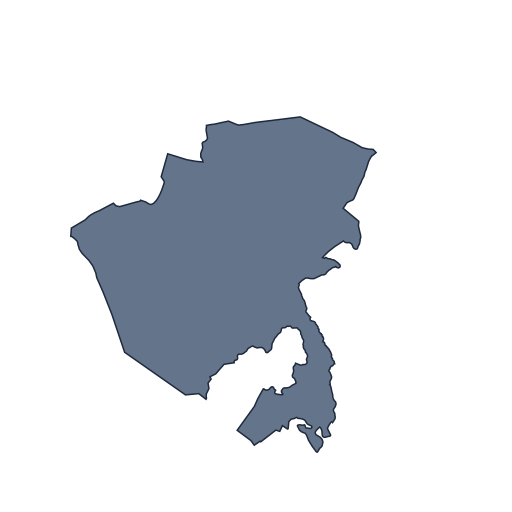 outline of Pantelhó, Chiapas, Mexico, rotated 216°
{"feature_id": "50627088B92508189730376", "entity_name": "Pantelhó", "entity_type": "district", "adm_level": 2, "iso_a3": "MEX", "parent_name": "Mexico", "parent_adm1": "Chiapas", "projection": "albers", "projection_center": [-92.505, 17.051], "detail": "fine", "context": "isolated", "style": "filled", "palette": "slate", "viewbox_px": 512, "rotation_deg": 216, "n_neighbors": 0, "source": "geoboundaries", "source_scale": "gbopen_adm2", "svg_char_len": 6126}
<svg xmlns="http://www.w3.org/2000/svg" viewBox="0 0 512 512"><g transform="rotate(216 256 256)"><path d="M417.4,163.0L417.0,163.3L416.1,163.5L412.8,163.4L409.1,162.8L406.6,160.5L402.8,157.6L398.1,155.9L388.5,154.2L381.9,151.9L375.6,148.1L372.0,144.8L358.3,136.8L338.2,124.0L305.7,100.9L231.4,102.2L221.4,111.0L212.2,110.7L212.3,111.5L212.8,112.3L213.4,112.7L214.7,114.6L215.2,115.6L216.0,120.4L216.3,121.3L220.1,125.0L220.0,130.1L222.3,131.2L219.3,136.9L218.2,149.6L210.9,156.8L211.5,157.4L211.8,158.8L211.7,159.2L210.6,160.6L210.4,161.6L210.7,162.4L212.3,164.2L212.6,165.4L212.2,166.5L211.1,167.2L209.7,168.4L208.9,169.9L207.8,173.6L208.1,176.2L207.9,176.8L206.6,180.0L205.9,181.2L205.4,181.4L204.0,181.4L201.2,182.2L198.9,184.4L197.8,185.2L196.7,185.6L194.9,185.5L193.1,184.9L191.5,183.9L190.5,184.1L189.7,184.9L189.6,185.9L189.1,187.9L188.8,189.3L189.1,190.5L191.5,194.6L191.9,197.7L192.5,200.2L192.2,203.1L192.2,205.6L191.3,208.6L191.6,209.9L192.5,211.9L192.6,212.8L191.9,214.1L191.2,214.3L190.4,215.0L189.9,216.1L189.8,217.0L189.6,217.4L189.1,217.8L188.6,217.9L187.5,219.2L187.2,219.4L185.5,219.3L184.3,219.0L180.4,222.1L179.0,221.6L176.5,221.5L175.0,220.5L174.0,219.3L173.2,218.8L172.4,218.6L171.6,217.9L171.3,217.5L170.3,216.8L168.2,216.0L167.1,214.7L166.0,212.1L164.5,210.8L164.3,210.1L162.1,208.8L161.1,208.8L159.2,207.1L158.3,207.1L157.5,206.8L155.6,205.6L155.0,204.3L154.5,202.1L152.2,200.1L151.9,198.8L152.1,197.8L152.9,196.7L154.5,195.6L154.7,194.8L155.4,194.0L161.0,192.5L160.3,190.5L160.6,189.3L160.6,188.4L160.1,187.3L157.8,185.0L157.4,183.7L156.9,182.9L156.6,181.0L156.0,180.2L155.0,179.5L152.8,179.5L151.1,178.4L150.3,178.1L148.9,176.6L149.7,174.6L150.3,173.7L150.9,172.3L151.6,169.9L152.0,169.2L152.9,168.1L154.3,166.8L154.9,166.5L156.1,165.3L156.3,164.1L156.2,162.0L156.0,161.6L155.5,161.4L155.5,161.1L154.9,160.5L153.4,160.3L153.1,160.0L153.0,159.6L153.4,159.0L155.7,157.6L156.1,157.6L157.3,156.7L159.5,156.0L160.2,156.1L160.8,156.7L161.1,157.8L161.0,158.7L161.3,159.0L163.4,159.1L164.2,159.8L165.1,160.0L165.8,159.9L166.2,159.6L166.7,158.9L167.0,157.4L167.0,155.9L167.3,155.3L168.5,153.7L170.9,152.9L171.5,153.2L172.0,152.8L170.7,141.6L168.9,133.4L168.8,103.9L151.7,103.7L146.2,101.9L143.8,108.6L142.9,108.5L137.6,126.8L133.7,128.1L134.9,134.3L128.9,134.5L128.5,135.2L132.1,141.3L131.6,145.0L130.4,145.9L129.4,147.2L128.9,148.4L128.1,149.4L126.5,149.3L125.2,150.2L122.1,151.6L120.7,151.8L118.9,151.6L117.9,151.0L116.1,150.4L115.0,150.3L111.0,151.1L110.2,150.4L110.1,149.7L110.4,148.5L112.8,147.3L114.3,146.3L114.9,146.4L117.3,148.0L118.0,147.5L118.6,146.6L119.9,146.0L121.8,144.9L122.8,143.7L122.7,142.9L118.5,140.7L116.2,140.5L114.5,140.8L112.2,141.5L110.6,141.1L109.4,140.5L105.2,137.8L98.7,135.1L92.4,133.1L91.5,133.1L91.1,133.4L91.0,133.7L91.4,138.0L91.0,139.2L90.9,141.3L92.5,144.8L93.9,146.0L95.4,146.7L97.5,147.1L102.0,146.7L103.2,147.0L104.4,148.0L104.7,148.8L104.6,151.5L103.9,155.0L102.9,155.0L101.8,154.5L99.7,153.1L97.3,150.2L96.4,149.4L95.1,149.2L94.2,149.4L93.1,150.4L92.2,151.6L90.2,153.9L90.2,154.7L90.5,155.1L96.8,158.4L97.4,160.8L97.7,165.2L97.3,166.3L96.6,166.5L96.1,166.3L96.4,170.8L97.4,172.4L98.0,173.1L98.5,173.3L99.5,174.8L101.8,175.9L102.6,176.5L103.0,177.2L103.3,178.2L103.3,180.1L104.0,182.9L105.1,184.2L106.3,184.9L107.6,185.0L109.8,186.1L110.7,186.8L112.5,188.9L115.5,191.3L117.4,193.2L119.9,195.1L120.8,195.2L120.7,196.0L122.0,197.3L122.5,198.3L123.0,201.1L123.4,202.1L124.0,202.9L125.5,203.9L128.2,205.5L129.2,205.6L129.7,206.0L129.9,206.6L129.7,207.5L130.3,209.2L130.4,211.2L129.8,211.7L129.5,212.3L129.4,214.6L129.0,215.1L129.5,215.3L130.5,216.4L131.3,216.8L132.0,216.8L133.6,217.4L134.0,218.2L135.3,218.3L135.8,218.8L136.5,220.3L139.4,222.2L140.7,222.7L141.3,223.2L144.9,224.2L145.2,224.0L146.0,224.2L146.6,224.7L147.9,224.5L148.5,225.3L149.8,226.2L150.6,226.3L151.0,225.9L151.8,226.4L152.4,228.3L152.8,228.9L154.0,229.8L154.5,229.7L154.8,230.2L155.3,230.0L155.9,230.3L156.3,231.1L157.0,231.1L157.5,231.5L158.4,231.1L159.1,231.6L160.7,232.0L161.4,232.7L161.6,233.4L162.1,233.8L163.1,233.8L164.4,235.2L168.1,236.3L168.7,236.9L169.3,237.1L171.0,237.0L172.8,236.2L173.9,235.9L174.8,236.3L175.5,237.2L175.8,238.6L177.4,238.7L182.6,240.1L183.3,240.6L183.7,242.7L184.3,243.7L185.3,244.2L187.5,245.8L189.2,247.3L190.8,248.3L193.2,249.1L196.1,251.0L196.8,251.8L201.6,254.3L203.3,255.6L203.7,257.2L204.2,258.2L205.2,258.8L204.4,263.4L203.7,264.9L203.3,266.5L202.0,268.2L199.3,269.4L197.2,270.6L195.6,272.0L191.7,279.3L190.4,280.3L189.5,281.4L189.1,282.5L189.1,284.6L188.6,287.6L188.0,288.7L187.4,291.2L185.9,293.2L185.5,294.3L185.2,294.3L184.4,294.0L182.2,294.9L181.6,296.3L181.9,297.2L182.8,298.1L185.6,298.6L190.2,298.7L192.5,297.7L194.3,297.3L196.6,296.0L197.9,296.1L198.7,295.9L199.3,294.4L201.2,293.8L201.0,296.5L200.0,302.2L197.8,310.0L194.1,319.6L192.6,319.4L191.5,319.6L190.7,319.9L190.4,320.3L189.6,320.6L188.7,321.7L188.3,321.6L187.7,321.9L186.3,321.9L185.3,321.8L182.7,320.2L181.6,319.8L180.6,319.7L179.3,320.1L178.5,320.9L178.4,321.5L178.5,322.4L179.0,323.3L179.4,326.6L181.0,330.0L181.6,330.7L182.1,332.5L183.9,334.6L186.6,336.8L191.0,340.7L192.8,344.0L193.4,344.5L213.5,345.8L213.8,352.4L212.7,354.8L210.6,358.3L210.5,359.8L211.6,365.0L213.4,371.6L214.2,377.1L214.9,379.5L215.5,384.0L217.2,387.9L217.7,390.6L220.4,398.5L220.9,401.3L221.2,404.3L219.6,410.3L223.9,411.1L228.2,408.4L233.9,406.0L244.2,404.9L257.3,401.8L266.6,401.1L302.0,394.5L335.1,363.6L342.9,355.5L346.5,352.1L348.2,351.2L357.7,348.9L359.3,346.9L360.6,345.6L366.9,338.5L370.2,335.4L372.9,332.5L371.9,331.4L371.5,330.2L370.0,328.1L364.5,322.8L364.1,321.0L364.8,318.4L365.8,317.1L365.8,315.5L363.0,312.6L362.4,311.5L361.3,307.4L360.7,306.1L358.7,303.5L356.4,302.7L355.3,301.9L354.2,300.9L360.2,297.3L368.6,293.2L387.5,286.8L379.3,264.4L374.4,262.5L373.3,261.4L371.0,253.9L369.9,249.1L369.3,244.3L369.3,241.8L369.7,239.0L370.2,237.5L370.8,236.5L371.8,235.6L373.4,235.2L377.0,234.9L382.2,233.3L382.1,232.1L384.8,229.1L395.3,215.8L398.7,214.3L402.4,214.9L409.6,200.2L412.0,196.2L413.7,192.4L414.6,189.7L415.5,184.6L421.8,170.1L417.4,163.0Z" fill="#64748b" stroke="#1e293b" stroke-width="1.5"/></g></svg>